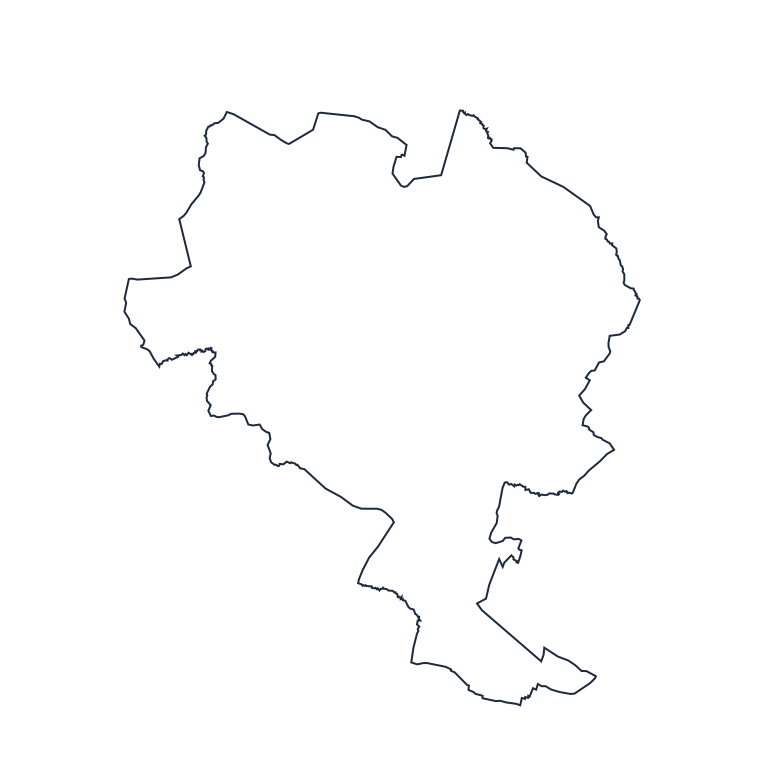 Nang Rong, Buri Ram, Thailand (Mercator projection), rotated 103°
{"feature_id": "78962969B52670203653904", "entity_name": "Nang Rong", "entity_type": "district", "adm_level": 2, "iso_a3": "THA", "parent_name": "Thailand", "parent_adm1": "Buri Ram", "projection": "mercator", "projection_center": [102.757, 14.628], "detail": "fine", "context": "isolated", "style": "outline", "palette": "slate", "viewbox_px": 768, "rotation_deg": 103, "n_neighbors": 0, "source": "geoboundaries", "source_scale": "gbopen_adm2", "svg_char_len": 6166}
<svg xmlns="http://www.w3.org/2000/svg" viewBox="0 0 768 768"><g transform="rotate(103 384 384)"><path d="M649.1,294.8L649.7,288.6L647.1,283.0L646.2,279.3L645.7,260.3L647.0,254.5L648.3,254.4L649.1,250.2L658.6,235.3L658.7,233.5L663.1,232.8L664.1,227.2L665.3,225.4L665.6,217.8L668.0,217.3L667.8,203.8L666.5,199.3L666.8,193.3L665.9,183.5L666.4,179.0L658.9,179.1L659.1,175.8L657.3,176.0L657.4,173.1L655.4,173.3L656.0,171.8L646.9,170.4L647.6,167.0L641.7,166.6L643.0,162.3L642.1,158.6L644.1,152.4L644.6,143.4L644.1,132.9L642.9,128.8L629.1,115.9L623.1,112.1L621.1,111.8L618.2,122.2L619.2,126.9L615.0,134.3L611.9,142.4L610.5,153.1L604.9,168.5L611.8,167.6L618.9,168.4L582.4,237.7L576.9,244.0L570.2,236.3L555.9,236.3L528.7,232.4L535.5,227.2L531.0,226.6L522.3,221.3L523.9,218.7L525.8,218.4L526.6,214.8L527.9,214.8L528.1,213.1L520.7,212.4L515.1,212.5L515.0,214.9L514.0,216.1L505.5,214.9L504.9,216.7L504.7,218.3L506.2,222.5L505.1,226.0L506.6,231.3L510.3,233.0L514.0,239.4L513.6,243.6L510.8,246.5L504.7,246.1L494.1,242.9L486.9,243.6L484.6,245.2L482.2,245.4L477.7,244.3L458.7,245.1L452.9,244.2L452.0,242.1L453.9,239.5L452.8,237.5L454.4,234.0L452.6,234.0L453.1,232.1L452.2,231.2L452.3,230.0L451.1,229.3L452.7,225.3L452.4,223.2L455.5,222.3L454.0,219.2L457.0,216.7L456.4,213.3L457.0,212.1L456.5,210.4L455.6,209.9L455.6,208.4L457.8,208.3L458.3,207.6L456.3,205.7L456.2,202.7L455.2,199.8L453.5,198.4L452.6,194.2L453.2,193.0L452.8,189.2L451.8,188.6L451.5,189.8L450.8,190.0L449.3,188.8L449.1,186.3L447.6,185.5L448.3,183.2L447.4,182.3L447.6,181.3L449.0,180.7L448.2,178.7L448.5,176.3L447.3,175.6L437.8,174.1L433.1,172.3L428.4,168.3L422.2,164.9L410.8,156.3L402.0,150.9L396.4,145.0L391.1,150.7L389.1,158.5L387.9,160.0L387.6,164.4L386.4,168.2L384.0,169.0L382.2,174.0L380.7,174.3L379.6,175.8L379.5,181.2L373.2,181.6L369.2,180.3L362.8,176.3L357.3,185.7L351.4,191.2L343.9,187.1L334.1,184.3L332.5,188.8L327.1,186.7L324.5,185.0L323.5,181.8L314.6,179.3L312.5,174.9L303.4,170.9L301.2,170.9L297.4,173.5L293.5,174.5L286.3,174.9L282.7,165.3L278.2,160.9L274.6,159.9L274.4,158.5L271.7,159.2L271.1,158.0L244.8,153.6L243.4,155.0L243.7,156.3L241.6,156.8L241.2,158.8L239.7,158.1L239.4,159.2L238.0,159.6L236.2,161.8L234.9,162.2L235.2,165.2L233.3,171.8L231.2,173.4L229.1,173.1L222.9,174.6L220.7,176.9L218.3,176.9L215.8,178.4L215.2,179.9L210.4,182.1L209.6,183.4L206.3,185.2L206.5,186.3L205.8,186.9L202.8,186.9L199.7,188.1L197.4,193.2L195.7,193.2L196.3,195.5L194.8,196.8L194.8,197.9L192.8,199.9L192.9,200.7L191.4,201.4L187.8,200.7L185.1,203.9L182.9,210.0L176.9,212.3L173.3,212.2L173.9,214.8L171.7,217.8L164.2,223.2L151.6,253.6L146.4,277.4L136.3,294.7L130.4,295.3L130.4,296.8L126.8,298.0L123.6,304.0L125.0,310.3L126.6,310.5L126.5,316.8L129.3,330.6L125.6,334.8L122.7,333.8L121.3,334.4L121.6,335.2L120.3,336.4L121.2,337.3L120.9,338.0L118.5,338.3L116.4,339.8L115.0,339.5L115.0,341.1L114.0,341.7L112.1,341.3L112.9,342.4L112.7,344.1L112.1,344.8L110.0,344.9L109.5,346.3L108.6,346.6L108.3,348.7L106.9,348.4L107.0,349.2L105.9,349.8L105.1,352.2L104.1,352.2L102.9,356.2L102.0,357.2L102.7,357.7L102.9,360.6L102.1,363.0L103.4,364.0L102.6,365.8L101.2,366.2L101.9,367.1L101.2,368.1L100.0,368.5L100.5,371.6L167.7,375.3L177.5,401.0L185.9,405.8L187.5,408.9L186.8,412.2L177.1,423.0L170.2,423.6L159.9,422.9L158.9,418.5L156.8,418.4L156.4,417.6L157.0,415.4L146.0,415.8L141.1,426.3L140.9,431.8L136.0,439.8L135.2,447.8L131.4,457.3L131.4,465.1L130.2,468.3L129.8,473.3L133.9,506.6L135.1,508.9L152.2,510.3L171.4,530.5L171.4,532.6L169.5,538.8L166.1,546.8L166.7,551.3L155.0,591.1L154.3,598.3L161.5,600.0L166.9,604.3L168.0,607.7L170.9,610.1L170.9,611.2L172.3,611.7L172.7,613.0L177.3,614.2L180.9,613.5L182.5,614.6L184.0,612.5L187.9,611.3L189.4,609.7L193.3,610.7L198.8,609.9L202.3,610.8L205.6,614.5L212.5,613.7L217.1,611.3L217.3,608.5L219.0,606.8L222.3,607.3L223.2,605.9L225.7,605.7L227.9,604.3L238.3,605.7L241.7,606.8L252.2,612.1L261.6,615.1L265.2,617.0L269.4,620.6L312.8,598.7L315.6,602.3L323.9,609.7L328.0,615.5L337.7,647.6L338.1,653.6L339.1,656.2L359.0,656.0L362.9,653.5L372.0,653.2L377.7,647.3L382.6,644.8L385.4,638.5L395.6,627.1L400.0,627.4L401.4,629.3L402.6,628.8L403.5,622.3L404.9,619.6L411.3,614.0L417.6,606.9L414.8,606.9L414.4,605.1L411.5,604.4L409.9,601.8L409.9,600.2L408.8,600.4L407.4,599.5L407.0,598.7L408.1,596.1L403.7,590.6L403.0,590.5L402.7,591.8L401.3,588.0L399.6,586.9L400.8,584.9L399.5,584.2L400.3,582.7L397.5,581.5L398.9,577.8L397.8,577.8L397.7,576.5L396.5,576.3L396.1,575.2L394.9,575.3L395.2,574.2L394.1,574.4L393.8,573.4L392.3,572.9L391.7,571.0L392.6,570.6L392.3,569.6L393.3,569.2L392.4,568.6L393.5,567.1L392.1,565.5L390.0,565.6L389.3,564.4L389.8,563.4L389.1,563.1L389.9,562.2L387.7,561.0L388.0,560.1L389.5,560.5L390.4,558.5L391.1,558.9L391.7,557.9L391.2,555.2L395.6,554.6L400.2,557.9L403.1,558.5L403.3,557.1L404.8,556.3L404.8,555.5L410.3,554.5L412.7,551.8L413.2,550.2L417.4,549.1L419.9,551.2L422.7,550.8L426.1,553.0L433.4,554.6L434.9,553.6L436.9,553.9L440.3,552.7L443.6,548.1L449.6,549.1L454.1,545.5L453.0,542.7L453.8,539.4L453.4,537.2L449.6,528.8L447.4,526.2L445.3,517.8L445.2,514.1L447.2,511.8L454.0,507.1L453.9,502.3L451.5,496.0L455.4,492.4L457.2,487.9L457.4,484.9L463.2,482.3L469.6,483.7L477.0,478.8L482.1,478.7L485.7,476.3L487.4,472.3L486.9,471.1L487.9,468.9L487.2,467.7L485.3,467.7L484.9,464.0L481.5,461.3L482.3,457.6L481.3,457.0L481.6,452.6L482.7,451.2L482.1,450.2L485.0,446.8L484.9,442.4L499.0,417.5L503.6,400.9L509.5,387.2L510.6,378.1L507.1,362.7L507.2,358.3L509.0,353.7L513.8,345.6L516.5,343.3L543.9,353.3L556.6,359.5L570.0,362.9L579.8,364.5L583.9,364.4L584.3,360.7L585.4,359.7L584.6,358.8L585.0,357.1L584.2,356.6L584.7,355.0L584.0,350.3L585.3,350.0L585.4,347.8L584.5,346.4L585.6,344.8L584.5,344.1L586.2,342.0L584.4,341.2L583.8,339.4L582.7,339.1L583.5,338.0L583.2,335.6L584.2,333.2L583.6,328.9L584.7,327.1L584.4,325.9L585.4,325.6L585.5,324.0L588.3,322.7L587.8,321.9L588.6,321.5L588.5,319.9L587.5,319.2L589.8,319.2L588.8,317.6L590.4,317.0L590.4,314.5L595.7,310.1L596.9,308.0L597.1,304.3L601.0,301.8L601.6,299.9L603.4,298.3L603.0,297.4L605.0,297.2L606.3,295.5L606.9,297.9L610.9,297.8L612.3,295.1L615.4,296.0L616.9,294.9L619.9,295.7L634.2,296.0L649.1,294.8Z" fill="none" stroke="#1e293b" stroke-width="2"/></g></svg>